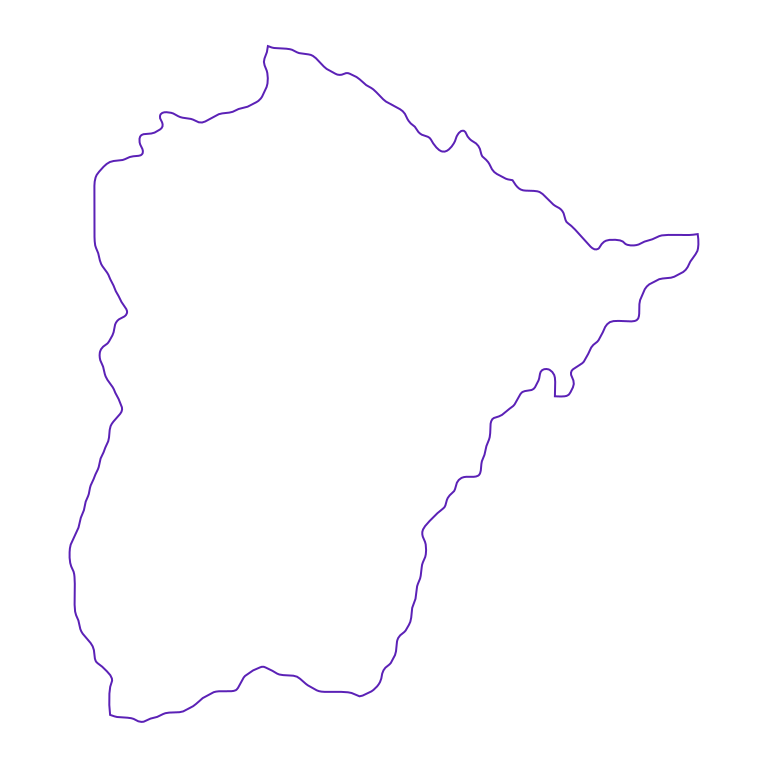 outline of Bayaguana, Monte Plata, Dominican Republic
{"feature_id": "3306468B72895662483472", "entity_name": "Bayaguana", "entity_type": "district", "adm_level": 2, "iso_a3": "DOM", "parent_name": "Dominican Republic", "parent_adm1": "Monte Plata", "projection": "robinson", "projection_center": [-69.577, 18.816], "detail": "fine", "context": "isolated", "style": "outline", "palette": "violet", "viewbox_px": 768, "rotation_deg": 0, "n_neighbors": 0, "source": "geoboundaries", "source_scale": "gbopen_adm2", "svg_char_len": 6038}
<svg xmlns="http://www.w3.org/2000/svg" viewBox="0 0 768 768"><path d="M512.5,180.2L508.0,179.4L505.8,178.7L496.9,174.0L494.2,172.0L492.0,169.3L489.4,164.1L488.2,162.2L486.1,159.8L482.3,156.4L481.4,154.5L479.9,148.9L478.3,145.9L476.0,143.4L471.3,140.4L469.7,139.0L467.6,136.5L465.4,132.1L464.0,130.9L463.0,130.7L461.2,131.0L458.9,132.9L457.7,134.6L456.6,136.5L455.0,141.1L453.8,143.4L451.6,146.6L448.9,149.4L446.9,150.8L444.7,151.6L442.3,151.5L441.2,151.2L439.1,150.0L436.3,147.4L433.2,143.4L430.9,139.5L429.6,137.9L427.9,136.8L421.8,134.7L420.0,133.5L418.4,132.0L414.8,126.7L410.8,123.5L408.7,121.0L407.5,119.1L404.9,113.8L402.7,111.2L400.0,109.2L386.0,101.6L383.2,99.3L376.1,92.0L373.3,89.4L371.3,88.0L366.2,85.1L359.5,79.2L356.5,77.0L349.7,73.7L347.9,73.1L346.1,73.1L341.7,74.7L339.6,74.9L337.4,74.6L335.5,73.8L326.6,68.9L323.8,66.5L315.9,58.2L312.9,55.9L310.8,54.9L308.5,54.4L299.1,53.1L297.0,52.3L292.1,49.8L289.9,49.2L286.3,48.7L274.1,48.0L271.8,47.5L267.9,46.1L266.9,52.1L264.5,58.5L263.9,61.9L264.6,65.4L266.7,70.6L267.3,73.0L267.8,78.2L267.5,83.4L266.6,87.0L262.1,96.6L260.8,98.5L258.4,100.9L256.5,102.1L247.6,106.7L238.6,109.0L232.7,111.8L229.3,112.6L222.2,113.4L218.8,114.2L205.2,121.5L202.1,122.5L198.8,122.3L193.0,119.6L190.8,118.9L182.6,117.7L180.3,117.1L178.2,116.2L173.3,113.5L171.1,112.8L166.5,112.2L164.3,112.3L162.3,112.9L160.7,114.2L160.2,115.2L160.0,116.2L160.1,118.3L162.1,122.4L162.6,124.3L162.5,126.4L161.5,128.2L160.0,129.5L154.6,132.6L151.3,133.5L143.5,134.2L141.6,135.0L140.8,135.7L140.1,136.7L139.5,138.8L139.6,142.3L140.2,144.5L142.4,149.0L142.9,151.0L142.7,153.1L142.2,154.0L141.4,154.8L140.6,155.3L138.6,155.8L133.2,156.3L129.8,157.0L124.9,159.2L122.6,160.0L113.6,161.0L109.9,162.0L106.6,164.0L103.6,166.7L99.1,171.7L96.7,174.9L95.6,177.4L94.7,181.5L94.4,185.8L94.5,236.9L94.7,241.3L95.2,245.4L96.0,247.9L98.2,253.2L99.9,260.5L101.2,264.1L102.5,266.3L107.1,272.6L108.4,274.8L110.3,279.3L113.5,285.5L115.8,291.2L118.7,296.3L121.5,302.0L126.3,309.1L127.0,311.0L127.1,312.1L126.9,313.2L126.0,315.0L124.5,316.4L119.0,319.3L117.4,320.7L116.0,322.6L115.1,324.6L113.6,332.2L112.4,335.4L109.1,341.3L107.9,343.0L107.2,343.7L103.1,346.7L101.0,349.3L100.1,351.5L99.8,352.8L99.6,355.3L99.8,357.9L100.3,360.3L103.1,366.7L104.8,374.0L105.6,376.4L107.4,379.8L112.7,387.2L113.9,389.4L115.3,392.8L118.6,399.0L121.9,407.3L122.1,409.4L121.5,411.7L120.2,413.8L113.4,421.6L111.8,423.8L110.6,426.1L109.7,429.9L109.0,437.6L108.2,441.3L105.3,447.6L103.6,452.2L100.6,458.5L98.7,467.1L97.9,469.3L95.4,474.5L93.6,479.1L90.7,485.4L90.0,487.8L88.8,494.0L88.0,496.3L85.7,501.6L83.9,510.2L80.8,517.8L78.5,527.6L70.7,544.6L69.9,548.4L69.6,552.3L69.6,557.7L70.2,562.9L71.2,566.4L73.6,571.7L74.2,574.3L74.5,576.9L74.8,583.8L74.6,604.7L75.1,611.5L76.1,615.2L78.4,620.5L80.3,629.0L81.3,631.4L82.7,633.7L90.6,643.0L92.7,646.4L93.9,650.1L94.9,658.6L95.6,660.7L96.1,661.7L97.6,663.2L102.2,666.7L106.9,671.3L110.3,675.2L111.9,678.5L112.1,680.7L110.2,686.8L109.4,693.6L109.3,705.0L110.1,714.9L114.6,716.4L117.1,717.0L127.4,717.7L131.2,718.2L133.6,718.9L138.3,721.3L141.5,721.9L143.7,721.7L150.5,718.6L157.2,716.9L163.2,714.0L165.4,713.2L169.2,712.6L179.5,712.2L183.2,711.4L193.1,706.2L196.1,703.9L202.7,698.1L213.7,692.2L216.1,691.6L218.7,691.3L231.3,691.2L233.7,690.9L235.8,690.2L236.7,689.5L238.0,687.9L243.7,677.5L245.1,675.9L253.1,670.4L260.0,667.4L261.8,666.8L263.8,666.8L265.6,667.5L272.4,670.8L277.1,673.6L279.3,674.5L283.1,675.1L293.3,675.7L297.0,676.7L300.1,678.8L305.8,683.8L307.8,685.3L316.7,690.3L318.8,691.1L321.3,691.6L325.0,691.9L341.7,691.9L348.0,692.3L351.6,693.0L359.5,696.3L362.6,695.6L371.4,691.4L373.5,689.9L377.1,686.4L378.7,684.3L380.0,682.1L381.3,678.5L382.2,673.6L383.5,670.3L385.4,667.7L389.4,664.5L390.8,663.0L395.0,655.1L396.0,651.3L397.0,641.6L397.3,640.3L398.2,638.0L400.2,635.3L404.2,632.1L405.6,630.6L408.9,624.9L410.3,621.8L411.2,617.7L412.2,607.9L415.5,598.8L417.1,586.3L417.9,583.9L420.1,578.5L420.7,575.8L421.7,567.4L422.1,564.7L422.9,562.3L425.2,557.0L425.8,554.3L426.1,550.1L425.7,544.4L425.0,541.8L422.8,536.7L422.3,534.4L422.3,532.0L423.0,529.5L425.1,526.1L429.6,521.0L437.4,513.2L442.9,508.7L444.4,507.3L445.4,505.4L446.9,499.9L447.8,497.9L449.7,495.3L454.1,491.1L455.0,489.2L456.9,482.7L458.8,479.9L461.5,477.9L463.9,477.1L466.3,476.8L473.7,476.8L476.0,476.5L478.1,475.7L479.0,475.0L479.7,474.0L480.2,472.9L480.8,470.5L481.4,463.9L481.9,461.2L484.5,454.7L486.4,446.1L489.0,439.6L489.7,437.2L490.2,433.1L490.6,423.7L491.2,421.3L492.3,419.2L493.9,418.0L498.9,416.4L502.0,414.9L509.7,408.6L513.2,406.0L514.6,404.4L520.4,394.1L521.8,392.5L522.7,391.9L524.8,391.1L531.6,390.0L533.6,388.9L535.0,387.3L538.5,380.5L539.2,378.3L540.0,373.8L540.7,371.8L542.2,370.1L544.2,369.2L546.4,369.0L548.6,369.4L549.7,369.9L552.3,372.0L554.2,375.0L554.9,377.7L555.2,381.9L554.9,396.3L561.0,396.5L564.5,396.3L566.6,395.9L568.6,394.8L569.3,394.0L570.5,392.2L572.9,387.4L573.8,384.0L573.4,380.5L571.1,374.9L571.0,372.7L571.7,370.7L573.0,369.3L582.3,363.2L583.8,361.7L588.2,353.9L591.2,347.5L593.3,344.9L597.3,341.7L598.6,340.1L602.8,332.3L605.2,326.9L607.2,324.2L609.9,322.1L613.5,321.1L618.6,320.9L631.4,321.4L634.7,321.0L636.6,320.2L638.2,318.5L638.9,316.2L639.2,313.7L639.4,304.1L640.1,300.1L644.8,289.2L646.8,286.5L649.3,284.3L659.2,279.2L662.7,278.5L671.0,277.7L674.3,276.7L683.2,272.0L685.7,269.8L687.7,267.0L690.3,261.6L695.5,254.3L697.4,250.9L698.0,248.4L698.4,244.5L698.3,239.2L697.7,234.1L693.2,234.7L689.2,235.0L668.5,234.9L661.8,235.4L659.3,236.1L652.3,239.3L644.5,241.6L638.6,244.5L636.3,245.1L634.0,245.4L630.6,245.4L627.3,244.8L625.5,244.0L622.8,241.5L620.0,240.4L615.4,239.8L609.4,239.9L606.0,240.7L604.0,241.8L601.7,244.0L599.1,248.0L598.4,248.7L596.5,249.4L594.5,249.3L592.4,248.2L590.6,246.7L575.1,229.6L571.4,226.0L567.9,223.2L566.4,221.8L565.5,219.9L563.6,213.3L562.5,211.3L561.1,209.6L559.4,208.2L555.4,206.0L553.4,204.6L542.6,194.0L539.6,192.0L537.3,191.3L533.7,190.9L525.3,190.6L523.0,190.3L520.7,189.5L518.8,188.3L517.1,186.7L515.6,184.9L512.5,180.2Z" fill="none" stroke="#5b21b6" stroke-width="2"/></svg>